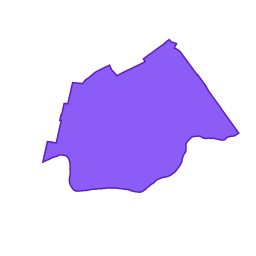 the district of Bassendean, Western Australia, Australia, rotated 54°
{"feature_id": "25037944B70302192671386", "entity_name": "Bassendean", "entity_type": "district", "adm_level": 2, "iso_a3": "AUS", "parent_name": "Australia", "parent_adm1": "Western Australia", "projection": "equal_earth", "projection_center": [115.952, -31.906], "detail": "fine", "context": "isolated", "style": "filled", "palette": "violet", "viewbox_px": 256, "rotation_deg": 54, "n_neighbors": 0, "source": "geoboundaries", "source_scale": "gbopen_adm2", "svg_char_len": 5648}
<svg xmlns="http://www.w3.org/2000/svg" viewBox="0 0 256 256"><g transform="rotate(54 128 128)"><path d="M87.5,39.6L85.8,40.9L84.1,42.1L83.4,42.4L82.3,42.6L80.8,42.6L80.7,43.0L80.7,47.6L81.1,47.6L81.1,61.2L81.1,66.0L81.0,69.2L81.1,75.0L84.5,75.1L83.7,79.6L82.9,84.4L81.2,93.7L80.4,98.0L79.9,101.2L79.2,106.1L75.2,106.6L74.3,106.6L72.1,107.0L71.6,107.0L70.9,107.0L70.3,106.8L66.3,106.0L65.2,111.9L64.0,119.2L63.8,120.4L63.7,122.8L63.9,125.6L64.2,129.0L64.2,130.7L64.1,132.5L64.1,133.4L64.3,135.1L64.8,136.9L65.4,138.6L58.7,146.1L73.0,162.4L70.6,165.2L78.3,173.9L77.9,174.3L81.8,178.8L82.7,177.7L86.2,181.5L91.9,188.1L94.9,191.4L97.8,194.7L94.8,198.1L94.6,197.8L91.6,201.2L95.6,205.7L100.9,211.7L101.3,212.2L105.5,216.9L105.6,216.2L105.9,215.0L106.1,213.8L106.1,213.6L106.5,212.0L106.7,211.7L106.8,211.1L107.0,210.4L107.1,209.7L107.3,207.9L107.4,207.2L107.5,206.7L108.0,205.1L108.2,204.7L108.3,204.4L108.5,203.8L108.9,202.7L109.3,201.3L109.4,199.9L109.6,199.2L109.8,198.9L110.0,198.5L110.1,198.4L110.2,198.1L110.5,197.8L111.1,197.3L111.3,197.0L111.9,196.5L112.5,195.9L112.6,195.7L113.8,194.7L114.2,194.5L114.8,194.3L116.2,194.0L116.7,194.0L117.4,194.1L117.8,194.1L118.2,194.2L118.4,194.2L118.8,194.2L119.0,194.3L119.4,194.5L121.1,195.1L121.3,195.2L122.3,195.7L122.5,195.8L122.8,196.0L123.1,196.2L123.6,196.4L124.5,196.9L124.9,197.1L126.0,198.1L126.5,198.3L126.7,198.6L127.1,198.9L127.2,199.0L127.3,199.1L128.4,199.7L128.8,200.1L129.9,200.8L130.3,201.1L131.2,201.8L131.3,201.9L131.8,202.3L132.3,202.8L133.2,203.8L133.4,204.0L133.9,204.5L134.0,204.6L134.2,204.8L134.5,205.1L135.8,206.1L136.1,206.4L136.3,206.5L136.9,206.9L137.7,207.4L138.3,207.6L138.9,207.7L139.8,208.0L140.2,208.1L142.3,208.4L143.5,208.5L144.0,208.5L144.4,208.5L145.5,208.4L147.0,208.0L147.4,207.8L147.9,207.4L148.4,207.1L148.7,206.9L149.1,206.2L149.3,205.9L149.9,205.2L150.2,204.7L150.4,204.3L150.5,204.0L150.6,203.8L150.8,203.5L150.9,203.4L151.3,202.9L151.5,202.7L151.9,202.0L152.0,201.8L152.1,201.6L152.3,201.2L152.4,200.8L152.8,200.1L153.1,199.6L153.4,199.3L153.5,199.1L154.1,198.5L154.6,197.3L155.0,196.3L155.1,196.1L155.1,195.9L155.7,194.9L155.8,194.8L156.1,194.0L156.2,193.9L156.3,193.7L156.4,193.2L156.7,192.6L156.8,192.4L157.0,192.0L157.3,191.7L157.5,191.3L157.7,191.2L158.1,190.7L158.7,189.8L159.0,189.3L159.2,188.9L159.5,188.2L160.1,186.9L160.3,186.8L160.8,186.2L161.0,186.1L161.3,185.6L161.4,185.4L161.5,185.2L161.7,184.8L161.7,184.6L162.3,183.6L162.9,182.8L163.2,182.2L163.3,182.0L163.4,181.8L163.5,181.6L163.7,181.1L163.8,180.9L164.7,179.5L164.9,179.3L165.8,177.9L166.3,177.3L166.5,177.2L167.3,176.3L167.8,175.3L168.0,175.1L168.1,174.9L168.4,174.6L169.0,173.8L169.3,173.4L169.6,173.0L171.4,171.0L171.5,170.9L171.9,170.5L172.1,170.3L172.5,169.8L172.6,169.7L172.9,169.4L173.0,169.3L173.8,168.5L174.0,168.2L174.3,168.0L174.6,167.6L174.9,167.3L175.2,166.9L175.4,166.7L175.7,166.4L177.0,165.0L178.0,164.0L178.1,163.8L178.4,163.6L178.5,163.5L178.6,163.3L179.0,163.4L179.5,163.1L179.8,162.9L180.1,162.7L180.6,162.4L180.6,162.2L180.9,162.0L181.0,161.9L181.4,161.6L181.5,161.5L182.3,160.8L182.8,160.5L183.0,160.3L183.5,159.9L184.0,159.4L184.4,158.9L184.9,158.3L185.7,157.5L186.1,157.0L186.8,156.2L187.2,155.7L187.3,155.3L187.6,154.6L187.7,154.2L187.8,153.5L187.8,153.3L187.9,152.0L187.9,151.8L187.9,151.6L187.9,151.2L187.9,150.9L187.9,150.4L187.9,149.2L187.6,148.3L187.5,147.7L187.5,146.6L187.5,145.3L187.5,145.1L187.4,144.7L187.3,144.1L187.3,143.7L187.2,143.2L187.2,142.6L187.2,141.9L187.3,141.6L187.3,141.4L187.4,141.0L187.4,140.8L187.5,140.5L187.5,140.3L187.5,140.0L187.5,139.6L187.3,137.8L187.1,137.1L187.0,136.4L187.0,135.0L187.1,133.8L187.3,133.2L187.5,132.3L187.6,131.8L187.7,131.5L187.9,130.9L188.2,130.2L188.2,129.7L188.3,129.4L188.9,128.1L189.0,127.9L189.2,127.4L189.3,127.3L189.9,126.2L190.8,123.4L190.9,123.2L191.0,122.7L191.1,121.8L191.1,121.6L191.2,121.1L191.2,119.9L191.1,118.8L191.1,118.5L191.2,117.7L191.2,116.9L191.2,116.4L191.0,115.2L190.9,114.6L190.7,114.1L190.7,113.9L190.3,112.9L190.3,112.6L189.8,110.7L189.5,110.0L189.4,109.8L189.2,109.3L189.1,109.0L189.1,108.7L188.9,108.3L188.8,108.1L188.7,107.6L188.2,106.7L187.7,105.9L187.6,105.5L187.5,105.3L187.1,104.7L186.3,103.6L185.9,103.2L185.4,102.9L183.7,100.7L183.4,100.3L183.3,100.2L182.5,99.0L181.4,95.9L180.9,95.0L180.7,95.0L180.3,94.5L180.2,94.4L179.3,93.6L179.2,93.5L179.0,93.4L178.5,93.0L177.6,92.4L177.5,92.2L177.3,92.0L176.8,91.8L176.3,91.6L176.0,91.4L175.7,91.1L175.1,90.4L174.9,90.2L174.2,89.1L174.0,88.6L174.0,88.4L173.8,87.8L173.7,87.4L173.7,87.0L173.6,86.7L173.4,84.9L173.2,84.1L173.0,83.4L172.9,82.3L172.9,82.1L172.9,81.9L173.2,80.8L173.7,79.6L173.9,79.1L174.1,78.8L174.3,78.4L174.9,77.4L175.0,77.2L175.8,76.1L176.2,75.4L176.4,75.1L177.0,74.6L177.3,74.3L177.8,74.0L178.0,73.9L179.0,73.6L179.3,73.4L179.9,73.2L180.1,73.1L180.8,72.8L181.1,72.3L181.4,72.0L181.8,71.6L182.5,70.8L182.6,70.7L182.9,70.2L183.1,69.7L183.3,68.8L184.7,67.7L186.6,64.8L187.3,64.3L187.8,63.8L188.2,63.5L188.6,63.1L188.9,62.8L189.0,62.7L189.9,61.9L190.4,61.5L190.8,61.3L191.5,60.6L191.7,60.4L191.8,60.2L192.5,59.5L192.6,59.4L192.8,59.2L193.1,58.9L193.7,58.0L193.8,57.8L193.9,57.7L194.0,57.4L194.1,57.1L194.3,56.3L194.3,55.5L194.2,55.1L194.0,54.8L193.8,54.5L193.5,54.0L193.6,53.8L193.6,53.6L193.8,53.2L194.3,52.1L194.9,50.3L195.1,49.8L195.2,49.7L195.3,49.4L195.6,48.8L195.8,48.5L195.9,48.3L196.3,47.7L197.0,46.5L197.3,41.4L167.5,41.3L167.1,41.1L147.1,41.1L145.4,41.0L140.5,40.4L137.7,40.3L125.7,40.3L125.7,40.8L117.8,40.8L105.5,40.9L99.7,40.9L98.8,40.8L97.8,40.9L95.8,41.2L93.9,41.7L92.3,42.5L90.8,43.5L90.0,42.5L89.2,41.1L89.3,41.0L88.5,39.5L88.3,39.1L87.5,39.6Z" fill="#8b5cf6" stroke="#5b21b6" stroke-width="1.5"/></g></svg>